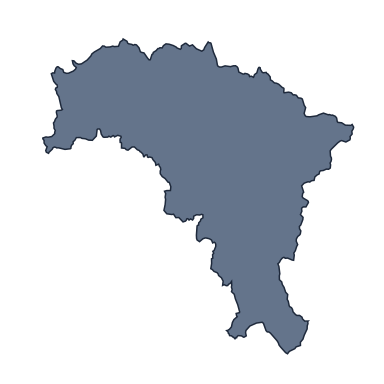 Canas, Cusco, Peru, rotated 186°
{"feature_id": "86281439B51394298933174", "entity_name": "Canas", "entity_type": "district", "adm_level": 2, "iso_a3": "PER", "parent_name": "Peru", "parent_adm1": "Cusco", "projection": "natural_earth1", "projection_center": [-71.322, -14.372], "detail": "fine", "context": "isolated", "style": "filled", "palette": "slate", "viewbox_px": 384, "rotation_deg": 186, "n_neighbors": 0, "source": "geoboundaries", "source_scale": "gbopen_adm2", "svg_char_len": 5956}
<svg xmlns="http://www.w3.org/2000/svg" viewBox="0 0 384 384"><g transform="rotate(186 192 192)"><path d="M63.0,75.8L66.4,75.4L68.8,77.3L69.5,79.0L72.1,80.5L74.8,80.2L76.2,80.9L79.0,83.4L79.8,85.8L81.0,87.4L82.9,88.2L83.5,89.1L84.8,93.3L86.1,95.2L86.1,100.1L88.4,102.1L90.5,106.8L92.5,109.4L93.4,112.0L95.9,113.9L96.4,117.8L96.1,119.8L97.8,127.1L99.1,129.6L97.8,131.0L96.7,133.7L95.3,135.7L94.2,136.5L93.1,136.5L92.4,135.8L90.0,136.3L85.3,134.8L83.8,134.7L83.7,140.0L84.4,141.9L83.1,144.4L82.2,148.8L81.4,150.7L83.2,154.0L83.3,156.2L82.2,158.8L80.4,160.6L79.9,161.6L79.7,164.7L81.2,166.6L81.6,169.0L80.4,170.5L78.9,176.1L78.9,178.4L81.8,180.9L80.7,184.4L81.3,186.8L81.1,187.6L79.8,188.8L77.1,189.1L75.1,193.7L75.5,194.9L76.2,195.5L80.8,197.6L81.9,198.8L81.8,202.1L80.9,203.4L83.6,209.6L81.5,212.4L80.6,212.9L77.7,214.3L75.9,214.2L74.3,215.7L71.8,216.3L71.4,219.8L69.3,222.1L67.5,223.2L67.2,225.6L66.5,226.5L63.7,227.1L60.8,228.8L58.5,228.9L57.0,230.3L57.0,233.5L57.7,235.2L56.9,237.1L56.7,239.0L57.0,240.6L58.0,242.1L58.9,247.3L58.0,249.0L52.2,256.1L49.8,258.3L48.5,258.8L44.2,257.8L40.4,260.4L40.2,261.9L40.6,263.7L38.8,266.4L39.4,269.2L38.2,271.7L38.0,273.4L39.8,275.9L40.9,274.9L46.4,274.5L50.4,276.5L54.2,276.5L54.9,277.2L55.9,280.7L57.3,282.2L60.3,283.2L61.2,282.9L63.7,283.4L64.5,283.0L69.5,284.2L73.9,282.1L75.7,280.8L82.6,279.1L86.3,279.0L87.5,279.8L88.7,281.9L87.8,287.8L89.5,290.0L92.0,296.0L93.4,296.7L96.2,296.7L98.3,299.1L100.1,299.4L101.5,299.1L103.7,301.1L106.4,301.4L110.8,300.3L111.2,300.9L111.3,304.3L111.7,304.9L113.2,305.4L117.1,308.3L119.3,309.0L121.5,309.1L124.0,311.0L125.7,311.7L126.3,314.7L128.8,317.3L130.1,317.8L130.7,318.7L133.7,318.0L134.8,318.5L136.9,321.3L137.1,322.6L137.9,323.0L138.6,322.8L139.2,321.4L140.0,317.2L142.1,315.3L142.8,312.5L145.3,313.4L146.8,312.8L147.5,314.4L149.1,315.2L151.8,315.5L152.6,314.7L153.9,314.7L158.0,316.2L159.2,320.0L160.3,321.3L161.9,322.1L164.1,321.8L166.8,320.7L172.3,320.9L175.9,319.3L177.9,319.2L179.5,320.0L180.0,320.9L181.7,326.8L185.3,333.3L188.6,341.7L189.0,342.2L190.9,342.3L191.6,342.9L194.5,337.1L195.2,334.6L197.0,333.1L202.6,334.9L206.9,338.4L209.8,336.9L213.4,339.2L214.3,339.2L217.8,336.3L217.7,333.7L218.5,332.7L221.8,333.6L222.9,334.5L225.9,335.7L230.2,336.6L233.4,336.6L235.7,334.6L236.7,332.2L239.0,332.1L240.0,331.2L240.9,331.1L242.5,328.8L245.1,326.8L245.3,325.3L246.2,324.6L247.3,319.2L247.8,319.0L248.6,319.0L250.1,320.4L254.3,325.3L256.9,325.6L258.0,326.1L259.8,329.9L262.6,332.5L264.3,332.7L265.9,331.8L267.2,332.5L270.6,332.8L271.5,333.3L272.4,335.1L276.5,337.0L276.8,335.7L279.1,333.9L280.4,329.2L284.4,328.5L286.1,328.8L288.6,327.7L292.2,327.1L293.1,327.1L294.4,327.9L296.2,327.9L298.2,325.1L303.7,321.1L306.0,318.9L306.8,316.7L310.1,312.2L315.3,307.9L318.1,307.2L320.6,307.9L323.2,310.1L324.7,310.1L323.7,307.0L322.4,305.3L320.1,303.8L320.6,302.1L322.6,299.9L327.3,297.2L329.4,296.9L332.1,297.6L333.3,300.3L336.0,301.1L338.1,302.5L339.1,302.5L340.2,301.1L341.1,297.7L341.1,296.0L343.0,295.9L344.3,294.9L341.1,287.6L338.6,285.1L337.4,284.5L336.9,282.7L337.0,281.9L338.4,281.1L338.6,279.6L337.3,278.0L336.7,275.8L334.4,272.9L330.7,262.1L329.5,260.5L330.6,259.7L334.5,258.9L335.2,258.4L335.2,256.9L334.0,253.6L334.0,252.4L335.5,250.1L336.1,247.6L337.0,246.2L336.1,243.1L335.9,241.0L334.4,238.8L334.8,237.1L334.6,235.7L337.3,232.5L340.9,231.4L343.0,231.5L346.0,230.1L345.9,229.3L344.5,227.8L344.2,225.2L342.2,222.8L340.8,221.9L341.8,217.9L341.0,216.3L338.7,215.5L338.4,216.5L335.4,220.0L335.0,221.3L333.7,222.3L332.2,222.2L331.2,221.7L329.5,222.0L322.8,221.1L317.5,222.3L317.0,222.8L317.1,224.3L316.6,226.0L315.2,227.6L315.5,229.4L313.9,231.3L312.7,234.0L308.6,234.5L307.0,233.8L303.6,233.8L300.2,232.8L296.5,233.0L293.0,237.6L292.9,244.3L292.3,244.8L290.5,245.0L289.4,243.6L288.3,240.1L286.4,237.6L285.3,237.2L281.5,237.8L280.5,238.8L278.5,238.1L276.4,239.9L275.8,239.8L274.8,238.7L271.8,240.6L268.5,240.0L268.1,239.0L269.0,237.3L269.0,235.9L268.6,233.8L267.6,233.8L267.2,233.2L266.7,228.4L263.2,228.4L261.8,227.2L260.0,226.9L256.3,230.5L254.0,230.8L250.8,228.3L248.7,227.7L247.8,226.6L247.0,226.4L244.8,224.6L243.8,222.1L243.0,222.2L242.6,223.3L242.0,224.0L240.6,224.2L239.9,222.2L239.2,221.8L237.7,222.4L235.4,222.0L234.2,220.1L231.5,217.5L230.7,214.8L228.1,216.2L227.0,214.0L226.0,213.1L225.4,211.0L225.8,209.6L225.5,206.9L223.2,204.2L220.2,202.6L216.8,199.2L215.6,199.2L213.6,195.0L213.6,191.2L217.2,190.8L219.4,189.9L218.0,187.6L218.2,184.0L217.5,182.0L217.4,176.7L218.0,170.8L214.8,167.7L209.8,167.5L208.0,168.0L205.4,164.8L202.4,165.2L197.8,161.3L195.4,162.4L194.6,163.6L194.5,164.6L193.8,165.0L193.2,164.9L192.0,163.8L190.6,165.1L188.5,164.2L187.6,165.9L187.8,168.1L185.0,169.9L182.1,169.9L180.0,170.8L178.8,170.5L178.4,167.5L180.3,165.9L180.6,164.0L182.1,162.0L182.0,159.8L183.1,159.3L183.4,158.7L183.1,149.5L182.6,146.3L181.9,144.8L179.3,143.4L176.3,146.6L174.1,147.7L172.7,147.7L169.8,147.3L167.6,146.3L166.1,143.5L164.6,144.4L163.5,143.7L162.9,142.4L162.7,140.3L163.9,136.1L165.1,135.2L164.0,133.4L165.0,131.8L164.4,128.4L165.6,127.6L165.0,122.9L165.3,117.7L163.7,117.0L161.8,115.3L158.6,114.4L157.5,113.3L156.8,111.7L153.8,109.8L151.7,106.6L151.8,102.3L150.4,103.2L148.1,102.4L146.7,102.7L146.0,104.0L144.5,105.1L143.3,107.2L142.7,103.1L142.9,101.6L141.9,99.3L142.3,97.0L139.3,94.7L137.7,90.3L134.7,84.6L132.1,77.8L132.2,77.0L135.4,75.8L134.7,73.5L134.0,72.7L137.0,69.5L138.2,66.4L138.7,61.9L140.4,59.4L142.2,58.0L143.0,57.8L141.4,56.5L141.2,55.4L140.3,54.7L139.6,53.1L137.6,53.1L136.4,52.1L135.6,52.0L133.9,50.5L133.1,51.8L132.4,51.7L132.1,52.8L131.1,54.0L127.7,54.1L125.6,53.0L124.8,53.2L123.0,54.6L124.0,57.6L123.9,59.9L120.4,64.8L114.2,68.4L108.6,69.8L107.2,68.8L103.9,61.9L102.5,60.7L101.2,60.9L99.3,59.9L92.0,53.1L90.5,51.2L89.3,48.7L87.3,46.7L82.1,42.0L80.1,41.1L78.5,43.7L73.4,46.9L72.2,48.9L68.1,50.7L68.5,53.9L66.3,57.2L65.4,61.4L63.2,67.8L63.4,71.0L62.9,73.2L63.4,75.3L63.0,75.8Z" fill="#64748b" stroke="#1e293b" stroke-width="1.5"/></g></svg>